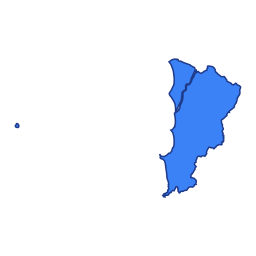 outline of Takua Pa, Phangnga, Thailand
{"feature_id": "78962969B86019353442573", "entity_name": "Takua Pa", "entity_type": "district", "adm_level": 2, "iso_a3": "THA", "parent_name": "Thailand", "parent_adm1": "Phangnga", "projection": "orthographic", "projection_center": [98.301, 8.816], "detail": "fine", "context": "isolated", "style": "filled", "palette": "blue", "viewbox_px": 256, "rotation_deg": 0, "n_neighbors": 0, "source": "geoboundaries", "source_scale": "gbopen_adm2", "svg_char_len": 5849}
<svg xmlns="http://www.w3.org/2000/svg" viewBox="0 0 256 256"><path d="M236.7,101.3L237.4,97.8L238.1,97.0L238.2,96.3L238.9,95.7L239.8,93.9L239.9,93.2L239.9,91.5L239.7,90.4L240.1,88.8L240.6,87.7L240.5,86.8L240.3,86.5L239.0,85.5L238.2,85.2L237.3,85.0L236.7,84.0L235.8,83.2L233.9,84.6L233.5,84.7L232.5,84.7L231.6,84.1L231.3,83.5L230.6,83.0L229.5,82.5L228.6,82.0L227.5,81.6L227.1,81.3L226.7,79.9L226.1,79.5L225.8,78.4L224.8,77.5L224.5,76.7L224.1,76.6L221.7,76.7L221.2,76.6L217.3,73.5L216.9,72.8L215.9,72.2L215.2,70.8L215.1,69.5L214.8,68.9L213.9,67.7L213.0,67.0L212.2,66.6L209.5,66.1L208.8,66.0L207.6,66.2L207.6,68.0L207.3,68.0L207.0,68.7L206.9,69.6L207.0,70.0L204.0,71.4L203.9,71.7L201.2,73.4L199.9,72.9L198.2,71.6L198.1,71.8L197.4,72.0L197.1,71.7L196.0,72.9L194.5,74.4L194.1,75.2L194.1,76.0L193.7,76.9L192.3,78.8L191.9,79.7L191.6,80.9L190.5,83.2L189.9,84.0L188.9,84.8L187.6,84.8L186.8,85.5L186.4,86.3L186.4,89.1L186.2,89.9L185.7,90.5L184.0,91.5L183.3,92.3L183.1,92.8L182.9,93.8L183.0,96.5L182.5,100.0L181.9,101.6L181.5,102.9L180.9,103.7L180.4,105.0L180.0,106.5L179.8,107.9L179.9,108.2L179.5,108.4L178.5,109.9L178.8,110.2L178.4,110.4L177.4,111.3L176.9,111.6L175.9,112.6L174.8,112.9L174.5,113.1L174.5,113.8L175.2,117.8L175.4,121.1L175.3,123.6L174.7,126.2L174.9,126.6L174.6,127.0L174.5,126.9L174.3,127.0L173.1,128.8L172.5,129.4L171.4,130.1L171.0,130.0L170.8,130.1L172.5,132.2L172.9,133.0L173.9,136.9L174.0,138.7L174.1,139.1L174.1,143.9L173.8,146.3L173.3,147.4L172.7,147.6L172.0,149.9L172.1,150.4L171.8,151.0L171.6,151.0L170.9,152.1L170.0,153.2L168.6,153.3L168.2,154.0L167.8,154.2L166.8,155.1L165.9,155.7L164.5,156.4L164.0,156.5L162.9,156.5L161.4,156.2L160.9,155.9L160.0,154.6L159.8,154.7L160.2,155.6L160.3,156.5L160.2,157.6L160.4,158.2L160.8,158.5L161.6,158.9L162.5,159.0L164.5,160.7L164.6,161.0L165.3,163.5L165.6,165.8L165.8,165.9L165.7,166.8L166.6,173.1L166.9,176.2L167.0,176.8L166.9,177.1L167.0,178.0L167.4,179.4L168.3,181.5L168.3,182.3L168.8,184.1L168.7,184.6L168.3,184.8L168.4,185.0L168.5,185.2L168.5,185.7L168.2,186.3L168.5,187.1L168.7,189.0L168.4,189.3L168.3,189.8L167.8,190.0L167.8,190.8L167.6,192.3L167.4,192.4L166.7,192.5L166.5,192.9L165.9,193.1L165.6,193.5L165.2,193.4L165.0,193.7L164.3,193.7L164.1,193.9L163.8,194.0L163.8,194.8L163.1,195.0L163.1,195.3L162.9,195.4L163.0,195.5L163.1,195.8L163.5,196.0L163.4,196.0L163.5,196.2L163.5,196.5L163.9,196.6L164.0,196.8L164.2,196.7L165.0,196.9L164.9,196.1L165.0,195.7L165.6,195.3L166.2,195.2L167.3,195.3L168.6,194.8L168.8,194.5L168.7,194.1L168.9,193.5L170.1,192.8L170.5,192.7L171.1,192.4L171.3,192.2L171.2,191.6L172.4,190.7L172.8,190.5L173.7,190.7L174.2,190.7L174.6,189.3L175.1,189.0L176.0,186.7L177.1,186.7L177.7,187.2L177.6,188.3L178.1,188.9L178.0,189.3L178.1,190.4L178.0,191.0L178.7,191.7L178.9,192.3L179.1,192.8L179.7,192.9L179.9,192.7L180.4,191.9L181.2,191.3L181.6,191.3L182.9,191.4L184.5,190.5L186.7,190.2L187.4,189.4L187.7,188.5L188.2,188.2L189.0,187.1L191.2,186.9L192.4,187.1L192.8,187.0L193.8,186.3L194.5,185.0L194.5,184.7L196.1,184.4L195.8,183.7L196.1,182.6L196.1,181.9L196.3,181.0L196.0,180.2L194.1,178.3L192.6,178.0L191.8,177.5L191.1,177.6L190.8,177.4L190.7,177.1L191.0,176.0L190.9,175.3L191.0,174.8L192.1,174.0L192.3,173.7L192.3,173.1L192.6,172.9L193.3,172.3L193.4,171.8L193.6,171.5L193.8,171.1L194.6,169.8L195.0,169.4L194.9,168.5L195.3,167.5L196.1,166.7L196.1,166.4L195.0,165.4L194.6,164.8L194.6,162.9L196.0,162.2L196.0,161.3L195.9,161.0L195.9,160.6L196.5,159.6L196.9,157.9L197.6,156.8L198.1,156.3L198.5,156.2L199.0,156.2L200.8,156.8L201.1,156.8L201.8,156.1L202.3,155.8L203.2,155.8L204.8,156.2L205.2,156.0L205.6,155.5L205.7,154.8L206.3,154.3L206.6,153.8L206.7,153.3L206.4,152.3L206.9,150.7L208.5,147.8L208.9,147.3L209.8,147.2L210.6,147.5L211.1,147.9L212.3,147.7L213.0,148.0L213.8,148.8L214.0,148.8L215.3,147.3L215.7,147.1L215.9,146.7L216.2,146.6L216.3,146.3L217.9,145.0L218.7,145.0L219.4,144.5L221.3,144.8L221.8,144.6L222.0,144.2L222.0,143.5L221.6,142.2L222.4,141.8L223.0,141.9L222.9,141.4L223.4,141.4L223.6,141.1L223.4,140.9L223.7,140.5L223.5,139.7L223.8,138.8L223.7,138.4L223.6,138.1L223.4,138.1L223.3,137.8L223.8,137.2L223.8,136.8L223.6,136.3L223.6,135.8L223.4,135.8L223.5,135.6L223.2,135.6L223.0,135.3L223.2,135.1L223.2,134.9L222.9,134.4L222.8,133.8L223.1,133.4L222.8,132.8L222.7,132.4L222.2,131.5L222.3,130.4L223.1,129.7L223.3,129.1L223.3,128.6L223.0,128.0L222.4,126.6L222.4,125.2L222.5,124.9L222.4,124.6L222.0,124.2L221.8,123.3L221.6,122.7L221.4,121.6L221.4,120.0L222.8,119.1L224.3,117.9L225.6,116.5L226.8,115.7L226.9,115.3L226.7,114.7L226.8,114.5L228.0,112.4L228.3,112.2L229.4,112.3L229.2,111.4L229.5,110.9L231.2,109.7L232.8,108.3L233.7,107.8L234.4,106.7L234.4,105.5L235.3,103.9L236.3,102.7L236.3,102.0L236.7,101.3ZM174.9,59.1L173.5,59.3L171.9,59.8L169.0,61.8L169.3,62.3L170.0,63.1L171.0,64.5L173.0,69.8L173.5,72.2L174.2,78.3L174.2,80.1L174.1,83.1L173.6,85.5L172.9,86.6L171.3,90.1L169.5,92.9L169.2,93.9L169.8,95.3L171.4,97.3L173.0,99.9L174.0,101.6L174.5,102.8L175.0,104.2L175.3,105.7L175.6,109.4L175.5,111.3L175.6,111.6L175.8,111.2L176.1,110.5L176.7,109.8L177.2,108.6L177.7,108.0L179.3,104.1L180.5,102.0L181.1,100.8L181.4,99.3L181.9,95.0L182.0,93.0L182.2,92.1L184.2,90.3L185.3,89.7L185.6,89.3L185.7,88.6L185.5,86.0L185.6,85.2L186.3,84.8L186.6,84.0L186.8,83.9L187.4,83.9L188.0,84.3L188.5,84.3L190.0,82.7L190.4,81.8L191.4,78.0L192.1,76.8L194.2,72.0L195.0,70.6L195.1,69.8L194.9,68.7L194.6,67.7L194.1,67.4L191.4,66.0L189.9,64.8L184.4,62.9L181.9,61.8L180.9,61.2L180.5,61.4L180.1,61.2L179.6,61.2L179.0,61.0L178.3,60.5L178.0,59.5L177.7,59.3L177.2,59.3L176.7,59.6L176.3,59.2L174.9,59.1ZM17.3,127.5L17.9,127.5L18.6,127.1L18.8,126.5L18.8,125.4L18.2,124.2L17.8,123.9L16.9,123.5L16.6,123.6L16.4,123.9L16.1,124.7L15.4,125.6L15.4,126.5L15.9,127.1L17.3,127.5ZM195.5,72.0L196.2,71.1L196.3,70.3L196.2,70.0L195.9,70.1L195.3,71.1L195.5,72.0Z" fill="#3b82f6" stroke="#1e3a8a" stroke-width="1.5"/></svg>